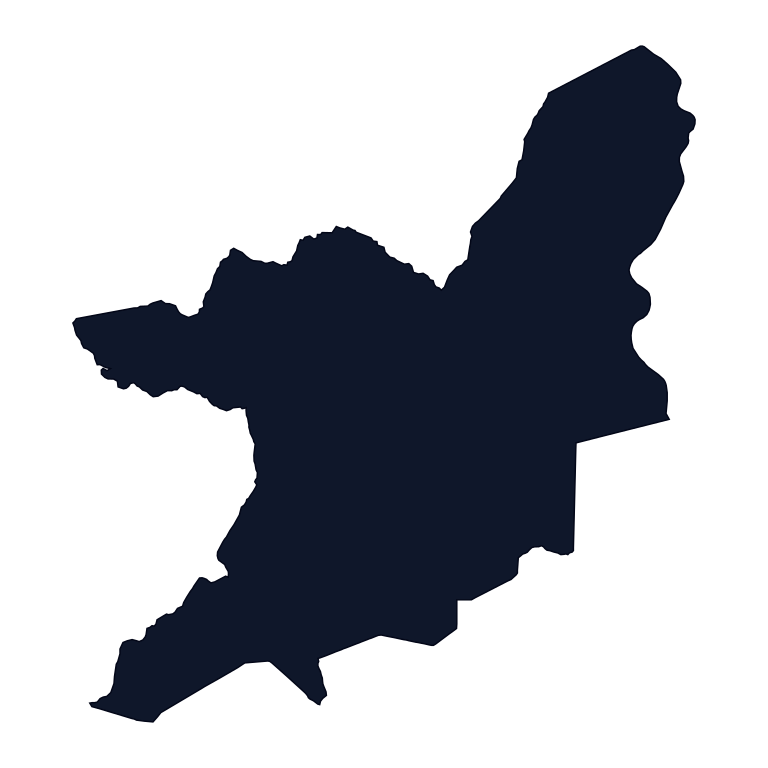 outline of Caxias, Maranhão, Brazil
{"feature_id": "56859067B41786417257262", "entity_name": "Caxias", "entity_type": "district", "adm_level": 2, "iso_a3": "BRA", "parent_name": "Brazil", "parent_adm1": "Maranhão", "projection": "natural_earth1", "projection_center": [-43.396, -4.846], "detail": "fine", "context": "isolated", "style": "filled", "palette": "ink", "viewbox_px": 768, "rotation_deg": 0, "n_neighbors": 0, "source": "geoboundaries", "source_scale": "gbopen_adm2", "svg_char_len": 6097}
<svg xmlns="http://www.w3.org/2000/svg" viewBox="0 0 768 768"><path d="M233.7,248.3L230.5,250.3L229.8,255.1L228.8,256.7L226.9,258.3L223.5,259.3L222.2,260.9L220.5,262.2L219.8,266.5L217.5,268.7L216.0,272.5L214.2,275.9L213.1,280.8L212.6,282.9L211.2,286.9L210.0,289.9L207.8,291.7L205.8,294.0L205.1,297.2L203.3,301.8L203.9,306.6L202.6,308.0L199.5,309.3L199.3,312.1L197.9,314.2L194.4,315.3L190.0,317.0L188.2,317.4L182.1,314.8L180.2,313.7L178.5,311.7L177.0,309.0L175.5,305.8L169.5,303.7L165.4,303.6L161.1,300.6L152.8,303.0L150.2,304.2L147.8,306.1L140.2,306.4L137.7,307.9L134.0,308.0L76.4,318.7L74.9,321.0L72.9,323.0L74.6,327.7L75.0,330.2L76.6,335.1L80.9,340.5L81.6,343.6L83.8,347.8L87.4,349.0L93.3,353.2L94.5,355.6L94.8,358.3L97.2,364.7L100.0,364.6L105.6,367.5L110.4,368.6L107.1,370.6L105.3,369.7L103.1,368.4L101.3,370.1L101.5,374.1L104.9,377.4L108.0,378.9L113.6,379.0L117.4,381.2L118.1,386.9L123.5,388.8L126.2,388.2L128.5,386.4L130.4,383.5L133.5,382.7L135.2,383.7L137.1,386.0L139.4,386.9L142.6,390.0L146.9,391.5L150.3,394.8L153.2,396.7L158.1,396.1L163.0,393.0L167.5,390.6L171.8,390.7L174.1,389.7L177.0,389.7L180.1,386.3L181.9,386.1L184.5,386.9L187.7,389.5L193.6,391.9L196.9,393.7L200.2,393.4L202.6,396.6L204.9,397.6L207.2,397.3L209.6,401.5L212.4,404.4L214.2,405.7L216.4,405.8L219.7,408.3L223.2,409.4L226.5,410.7L230.3,409.5L232.8,407.8L240.6,407.0L242.1,408.7L243.9,408.4L246.1,407.6L246.1,410.8L246.5,415.3L247.8,418.3L248.4,422.2L249.0,425.0L248.9,427.2L249.7,430.1L250.3,433.2L251.4,435.3L253.3,439.4L253.8,441.6L255.2,443.9L254.1,453.0L253.9,455.3L254.1,461.1L255.1,463.9L256.1,469.8L257.4,472.5L257.0,478.1L255.6,479.8L254.8,481.8L256.8,484.8L255.6,487.4L253.2,491.5L250.4,495.5L248.6,498.5L246.8,499.4L246.1,502.1L244.4,504.9L241.4,507.2L239.4,515.0L233.9,524.8L230.0,530.5L226.4,537.1L224.6,539.2L222.8,542.1L217.6,552.0L217.3,555.7L218.0,558.6L218.9,560.3L224.7,564.5L225.8,567.2L228.3,571.5L228.5,573.7L228.2,577.2L225.6,576.2L214.8,581.9L210.9,582.9L207.9,580.7L206.6,579.4L203.9,578.3L202.1,577.8L199.5,578.0L193.9,586.1L192.6,588.5L190.3,591.5L186.9,596.9L183.7,602.5L182.6,606.2L177.5,608.4L175.0,612.2L172.8,613.9L168.5,614.7L166.5,614.1L157.1,619.7L156.0,624.0L154.3,626.1L152.0,625.7L149.9,627.4L147.0,628.4L146.1,634.6L145.2,637.0L142.8,640.0L139.2,641.6L136.3,640.7L132.1,639.6L127.3,640.8L123.0,642.5L120.0,649.0L120.0,653.8L117.8,661.6L116.3,664.2L114.5,676.4L114.0,683.5L110.8,692.6L106.8,696.4L103.2,697.1L100.1,698.6L97.3,702.1L94.5,702.7L92.0,702.7L89.8,703.1L91.9,706.6L98.1,708.3L131.9,718.5L134.2,719.0L136.5,720.1L144.1,721.1L153.0,721.9L157.5,716.8L160.8,712.6L201.8,688.3L204.7,686.5L219.1,678.4L237.7,667.6L244.8,662.9L267.7,661.0L269.7,661.3L271.9,662.9L286.2,675.6L303.7,691.5L305.7,693.4L307.6,695.8L308.4,697.7L309.9,699.0L313.5,700.8L317.8,704.1L319.7,704.6L320.5,701.2L322.8,698.3L326.4,695.4L326.0,691.8L323.9,686.7L322.9,684.0L322.6,681.7L322.3,678.0L321.2,674.9L320.4,671.4L319.0,668.7L317.9,665.9L317.9,663.4L318.7,661.5L318.0,658.4L319.9,657.9L325.9,655.7L333.4,652.7L335.5,651.8L341.3,649.7L343.4,648.7L345.8,647.9L356.6,643.7L359.1,642.8L361.2,641.9L367.2,639.6L369.1,638.8L371.3,638.1L376.5,636.0L378.4,635.3L381.2,635.0L386.0,636.0L388.5,636.5L394.3,637.6L403.5,639.6L406.3,640.0L408.9,640.7L415.5,642.1L418.1,642.5L421.4,643.2L424.2,643.7L429.3,644.9L431.4,645.3L433.5,645.3L435.8,643.9L449.4,633.7L452.1,631.8L456.5,628.5L456.8,623.9L456.8,599.8L471.4,599.8L475.1,597.7L507.6,581.0L511.0,579.5L516.2,574.8L517.4,573.0L517.4,570.4L518.3,557.7L520.6,555.9L522.6,554.1L525.5,553.1L527.3,552.2L529.3,549.9L531.9,547.5L534.7,546.8L538.8,546.7L541.4,545.7L543.5,546.8L545.0,548.6L547.0,550.2L550.0,550.7L553.8,552.0L557.9,553.0L560.8,554.6L564.1,554.3L566.0,553.9L567.8,554.6L569.5,552.8L572.1,552.1L573.4,550.6L573.4,547.6L575.8,448.3L576.0,442.9L598.6,437.1L669.2,419.3L666.0,413.5L666.3,410.7L667.2,400.7L667.2,392.7L666.2,385.4L665.6,383.4L664.8,381.4L663.5,379.3L658.3,374.6L647.9,367.0L645.4,364.4L644.0,362.4L641.3,360.0L638.7,357.2L633.0,348.3L631.7,342.8L631.2,339.2L631.0,335.3L631.4,331.9L632.0,328.6L632.8,326.2L634.4,323.7L636.9,321.2L639.3,319.6L643.2,317.7L646.8,314.5L649.0,310.4L649.7,307.7L650.4,304.2L650.0,297.3L648.9,293.5L647.1,291.3L642.0,287.4L636.5,283.8L631.7,277.9L629.8,274.0L629.0,270.0L629.6,267.3L630.9,263.6L633.3,259.5L638.6,254.3L640.4,253.4L642.8,251.0L650.8,244.5L655.1,239.5L660.6,229.2L665.8,217.2L672.7,204.6L674.3,202.0L676.4,198.2L678.9,193.3L682.9,184.4L683.8,181.4L683.5,176.1L682.1,171.7L679.3,161.5L679.4,157.3L680.7,153.9L686.1,146.8L688.1,143.4L688.6,140.7L688.1,138.0L688.7,133.0L690.0,131.6L693.1,129.1L694.9,123.9L695.1,119.7L694.2,117.2L692.9,115.5L690.1,113.1L684.0,110.7L680.7,108.8L678.1,106.2L676.6,101.7L676.7,97.3L677.3,94.0L680.8,83.4L680.6,79.8L675.8,72.2L667.6,64.2L661.3,58.7L653.5,54.1L644.1,46.7L642.2,46.1L640.1,46.2L634.4,49.6L631.4,50.1L548.6,93.2L547.6,97.3L545.0,102.0L543.6,103.9L543.0,106.6L539.2,110.7L538.1,113.5L537.0,115.3L535.0,117.0L533.5,119.4L532.1,124.9L531.0,127.8L529.0,130.8L527.8,133.3L524.1,139.4L524.7,141.7L523.7,150.8L522.0,159.8L519.1,161.3L517.3,168.5L516.4,177.8L512.3,183.1L501.3,196.0L500.3,198.4L478.6,220.8L475.4,223.1L472.5,226.4L470.5,232.0L472.0,236.3L470.8,239.8L470.4,243.6L469.8,246.5L467.8,259.8L465.0,261.4L462.1,265.2L456.7,267.2L454.1,270.1L449.6,274.8L447.2,280.1L444.5,287.2L441.3,290.2L439.2,288.0L435.9,286.9L434.3,284.6L433.1,280.6L430.0,279.8L427.6,276.1L423.1,273.3L418.6,274.0L413.5,272.4L411.7,266.2L408.8,263.6L404.4,264.2L396.8,260.6L394.2,258.2L389.8,257.1L385.1,252.2L383.9,247.3L377.5,245.2L376.9,241.6L373.2,241.1L371.0,237.9L356.1,232.2L355.0,230.5L353.1,230.1L347.8,227.1L344.8,229.2L339.8,227.9L336.3,226.5L332.1,232.8L322.1,232.6L320.6,234.6L317.5,234.5L316.9,238.0L313.8,239.1L309.8,236.0L304.9,237.3L303.0,240.3L300.3,239.7L299.1,242.8L297.8,245.4L296.6,250.9L293.0,256.8L292.0,260.7L290.2,261.8L287.8,262.2L287.0,265.1L283.8,264.7L281.7,265.8L275.5,263.0L273.0,261.7L267.1,263.3L264.8,263.3L261.1,261.4L253.2,260.7L250.3,259.4L246.1,256.3L242.1,252.5L237.3,250.3L233.7,248.3Z" fill="#0f172a" stroke="#020617" stroke-width="1.5"/></svg>